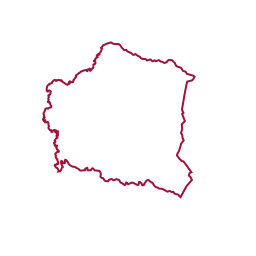 the district of Ramón Trigo, Cerro Largo, Uruguay, rotated 334°
{"feature_id": "84410073B37357941018969", "entity_name": "Ramón Trigo", "entity_type": "district", "adm_level": 2, "iso_a3": "URY", "parent_name": "Uruguay", "parent_adm1": "Cerro Largo", "projection": "orthographic", "projection_center": [-54.703, -32.291], "detail": "fine", "context": "isolated", "style": "outline", "palette": "rose", "viewbox_px": 256, "rotation_deg": 334, "n_neighbors": 0, "source": "geoboundaries", "source_scale": "gbopen_adm2", "svg_char_len": 5560}
<svg xmlns="http://www.w3.org/2000/svg" viewBox="0 0 256 256"><g transform="rotate(334 128 128)"><path d="M144.9,213.2L155.1,205.9L162.7,202.7L162.7,199.4L162.2,198.4L161.9,197.4L163.4,195.6L165.6,195.5L163.9,185.8L163.2,182.3L161.9,181.5L160.8,178.5L160.0,174.0L161.5,172.4L162.4,172.0L164.1,170.7L169.0,165.3L172.6,163.6L172.7,160.8L173.6,158.3L173.5,155.6L176.1,153.0L178.0,148.2L182.0,146.9L182.2,146.1L182.8,139.1L184.4,138.8L184.5,135.2L194.0,122.0L199.9,114.2L201.5,112.3L206.6,113.3L208.3,112.6L210.3,111.2L209.3,109.2L204.7,105.2L204.4,102.7L202.5,100.7L202.0,97.1L198.9,94.0L198.5,92.6L198.6,90.0L197.9,88.5L197.5,86.7L196.4,85.7L194.4,84.8L193.2,84.9L191.6,85.8L189.3,85.6L187.7,83.4L186.4,82.5L185.9,81.0L185.1,80.4L182.7,80.3L182.2,80.1L182.0,79.5L181.4,78.8L180.0,78.9L179.2,78.7L178.4,76.5L177.8,76.1L174.8,75.7L174.3,74.2L173.4,73.3L171.7,72.6L170.2,70.8L169.8,68.9L168.8,68.0L167.8,66.3L167.2,64.8L166.5,64.8L165.4,64.9L164.4,64.1L163.9,62.3L161.0,58.8L160.7,57.0L159.1,56.5L158.6,56.0L157.7,53.1L157.2,49.9L156.0,48.1L153.1,46.9L151.5,45.6L150.3,43.7L146.5,43.0L141.5,42.8L140.8,43.6L139.3,43.9L138.9,44.1L138.9,44.6L139.3,45.3L137.5,47.0L137.1,47.4L135.3,48.2L134.7,48.8L134.7,49.1L134.2,49.4L133.7,49.5L133.6,49.3L133.8,48.7L133.6,48.5L133.4,48.5L132.7,49.0L131.8,49.0L131.3,49.8L131.4,50.2L131.7,50.3L131.8,50.9L131.7,51.1L130.5,51.0L128.5,51.9L128.3,52.6L127.0,52.6L126.7,52.8L126.7,53.3L127.1,53.5L127.6,54.5L127.0,55.7L126.7,55.9L125.6,55.8L124.6,55.9L124.1,57.2L123.0,58.7L121.9,58.8L120.9,59.4L119.3,60.1L119.1,60.0L119.0,59.5L119.1,59.3L119.6,59.3L120.0,58.8L119.7,58.1L119.5,57.9L118.9,58.3L118.3,58.1L118.0,57.8L117.7,57.8L117.0,58.6L116.4,59.0L116.2,58.8L116.4,58.5L116.4,57.7L113.0,56.8L111.4,56.9L110.8,56.6L110.6,56.6L108.7,57.2L107.9,57.1L106.2,57.6L105.2,57.7L104.0,58.1L103.8,58.5L104.0,59.1L103.8,59.4L102.3,59.9L99.7,61.2L99.6,61.9L98.7,62.6L97.6,62.3L96.3,60.7L95.8,60.5L94.9,61.1L94.9,61.3L95.3,61.7L95.3,62.1L95.2,62.3L94.6,62.5L93.1,62.3L92.6,62.6L92.4,62.6L91.2,61.0L90.6,59.6L89.7,58.4L89.2,57.6L89.1,56.8L89.3,56.4L89.2,56.0L88.8,55.7L88.3,55.9L87.9,55.6L87.5,54.9L86.2,54.2L85.1,54.0L84.7,53.7L84.4,53.8L84.3,54.2L84.0,54.2L83.6,53.7L83.5,52.9L83.3,52.7L83.0,52.6L81.9,52.7L80.8,53.1L80.2,53.3L79.4,54.2L79.1,54.3L77.4,53.9L76.7,54.3L76.4,54.0L76.2,54.0L75.5,54.4L74.6,54.5L73.6,55.1L71.9,57.4L71.4,58.5L71.6,59.8L71.7,60.0L72.0,60.1L72.4,59.5L73.7,59.7L74.2,60.4L74.6,61.3L73.8,62.0L73.4,63.2L72.8,63.6L71.5,64.0L71.1,63.7L70.7,63.8L70.4,64.8L70.5,65.4L70.4,65.6L70.2,65.9L69.3,66.4L69.1,67.8L67.5,69.3L67.5,69.9L67.7,70.2L68.1,70.3L68.3,69.9L68.6,70.0L68.8,70.1L68.9,70.6L68.8,71.2L68.5,72.9L68.6,75.0L68.0,75.6L67.6,75.7L66.3,75.2L64.6,75.6L64.3,75.4L64.2,75.0L63.8,74.7L62.4,74.5L60.5,76.4L58.9,77.4L58.4,77.9L58.2,78.4L58.2,79.3L58.1,80.1L57.9,80.5L57.5,80.6L57.2,81.0L57.3,81.4L57.8,81.5L57.8,81.8L57.1,82.4L56.3,82.2L55.6,82.7L55.4,83.0L55.3,84.1L55.5,84.7L56.3,84.4L56.8,84.5L56.9,85.4L56.6,85.8L56.2,85.9L56.0,86.2L56.1,86.6L57.4,87.3L58.2,87.3L58.5,87.5L58.6,88.2L58.6,88.8L58.3,89.3L58.0,90.1L57.7,92.0L57.1,92.3L56.7,92.7L56.5,93.3L56.5,93.9L57.0,95.8L57.8,96.1L58.0,96.5L58.0,97.4L57.6,97.7L57.5,98.0L58.5,98.3L58.8,97.7L59.7,97.4L61.0,97.5L61.4,97.7L61.5,97.9L61.6,98.2L60.9,98.5L60.8,99.0L60.8,99.3L61.1,99.9L61.5,99.9L61.6,99.7L61.6,99.3L61.9,98.9L62.4,98.9L62.6,99.2L62.5,99.8L62.6,100.1L62.8,100.2L63.5,100.3L63.6,100.8L63.4,101.1L62.9,101.1L62.2,100.7L61.4,101.2L61.3,101.9L62.1,102.1L62.3,102.2L62.4,102.4L61.8,103.9L61.5,103.8L61.2,103.4L60.2,103.8L60.2,104.5L60.5,105.5L60.3,105.8L59.4,105.7L56.9,106.9L56.6,107.1L56.5,107.4L56.6,108.0L56.8,108.1L56.8,108.4L56.6,108.7L55.2,108.8L54.8,109.1L54.8,109.6L55.1,110.3L55.1,110.7L54.5,111.5L54.6,112.0L55.5,112.5L56.3,112.5L56.5,112.7L56.4,113.1L55.5,113.2L55.2,113.6L55.0,113.8L55.2,114.6L54.7,115.6L55.7,118.2L55.6,118.6L55.3,119.0L55.0,119.0L54.8,118.8L54.8,118.3L54.4,118.1L53.6,118.6L51.5,119.2L51.1,119.7L51.2,121.0L50.4,122.0L50.5,123.1L50.2,124.0L50.3,124.4L50.7,124.8L50.8,125.2L50.6,125.8L50.4,126.0L50.3,126.4L50.3,127.7L50.1,128.3L49.7,128.8L49.7,129.4L49.6,129.6L49.1,129.6L48.3,129.0L47.4,129.5L46.3,129.0L45.7,129.5L45.7,130.4L46.0,131.9L46.3,132.6L46.6,132.7L47.0,133.3L46.9,134.0L47.2,135.1L46.7,136.3L46.3,136.6L48.0,137.1L49.6,136.3L51.4,134.5L52.4,134.4L52.3,131.5L52.7,129.3L53.4,128.5L53.9,128.5L54.3,129.6L54.3,131.2L55.2,131.7L56.1,131.7L57.0,129.4L57.7,129.1L58.3,129.6L58.9,131.8L58.9,134.1L59.5,135.9L61.1,138.3L63.3,139.8L64.5,141.8L65.6,143.1L66.1,145.0L66.9,145.6L69.0,146.3L70.4,147.0L71.1,147.1L71.6,146.0L72.3,145.8L73.9,146.0L73.4,148.3L74.1,148.9L76.3,149.5L77.7,148.7L78.4,148.6L78.9,149.3L79.5,151.5L83.3,153.9L83.7,155.0L83.6,156.8L83.0,158.1L82.0,159.3L81.9,160.4L82.8,161.6L83.7,162.3L83.9,164.7L84.6,165.8L86.1,166.9L86.9,167.2L88.2,166.2L89.5,166.5L90.7,166.5L91.3,167.1L91.8,168.2L92.5,168.8L94.4,168.9L95.0,168.8L97.2,170.8L97.4,173.8L98.6,175.1L99.8,177.7L100.3,177.8L101.1,177.6L101.8,176.6L102.1,176.3L102.5,176.2L103.0,176.6L103.3,178.2L103.5,178.6L107.6,178.8L108.3,179.2L109.3,180.4L110.2,181.7L111.0,182.6L111.7,183.6L112.3,183.6L113.3,182.8L113.7,182.0L114.3,181.4L114.9,181.6L115.3,182.2L115.8,183.8L115.8,185.7L116.7,186.2L117.9,186.0L118.2,185.2L118.7,184.8L119.8,184.5L120.9,183.7L122.1,183.4L123.2,183.5L123.9,184.3L124.4,185.8L125.0,186.9L125.9,188.0L126.5,192.2L127.5,193.7L128.7,194.7L129.0,195.7L130.3,196.7L131.9,197.5L133.0,198.8L135.4,202.4L137.9,202.9L139.3,204.8L140.8,205.4L141.1,207.5L144.1,210.1L144.2,211.6L144.9,213.2Z" fill="none" stroke="#9f1239" stroke-width="2"/></g></svg>